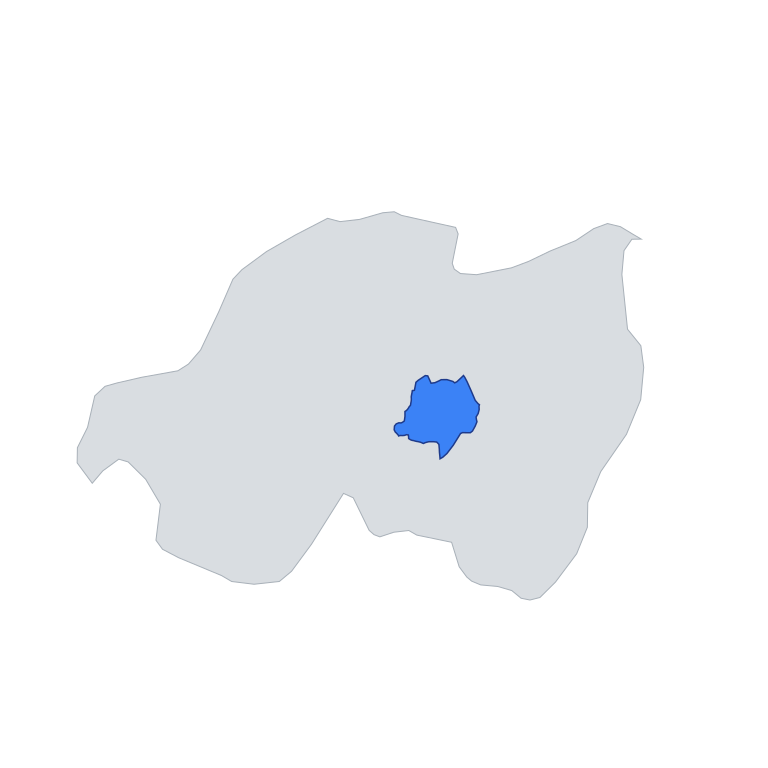 Kigali City highlighted on a map of Rwanda, rotated 28°
{"feature_id": "RWA-3495", "entity_name": "Kigali City", "entity_type": "Province", "adm_level": 1, "iso_a3": "RWA", "parent_name": "Rwanda", "parent_adm1": "", "projection": "natural_earth1", "projection_center": [30.091, -1.927], "detail": "fine", "context": "in_parent", "style": "filled", "palette": "blue", "viewbox_px": 768, "rotation_deg": 28, "n_neighbors": 0, "source": "natural_earth", "source_scale": "10m", "svg_char_len": 2428}
<svg xmlns="http://www.w3.org/2000/svg" viewBox="0 0 768 768"><g transform="rotate(28 384 384)"><path d="M312.2,227.1L320.3,226.9L373.7,212.1L379.0,216.7L387.6,245.4L392.1,249.6L399.6,250.6L414.5,244.0L442.0,221.6L454.0,208.0L468.1,188.8L486.1,167.2L496.2,148.4L506.0,137.4L518.9,134.1L533.2,134.9L543.1,135.3L534.9,139.8L533.3,153.6L542.6,175.6L573.3,221.3L592.8,229.6L605.5,247.4L618.0,277.3L621.7,314.6L616.5,359.6L619.6,393.1L630.8,415.0L633.8,443.4L628.4,478.4L621.9,499.3L614.3,506.2L605.6,508.8L593.8,506.4L579.4,509.4L563.7,516.0L553.9,516.9L547.8,515.6L536.2,510.1L518.0,492.0L483.9,502.0L474.7,501.7L462.2,510.3L452.1,520.9L445.9,521.7L439.6,520.2L410.3,498.9L399.6,499.6L395.2,559.5L390.3,592.7L384.3,607.5L363.3,621.8L342.2,629.9L330.6,629.4L284.2,633.8L266.0,633.9L256.0,629.0L243.0,595.1L218.3,580.0L194.7,572.9L185.1,574.9L176.5,592.7L173.0,608.6L150.1,597.7L143.2,584.2L142.6,561.4L134.2,530.3L138.8,517.0L147.8,508.4L166.8,491.9L195.8,469.1L202.0,458.2L206.1,440.1L204.2,397.9L201.4,362.4L204.9,349.7L218.1,322.2L235.8,294.0L256.4,264.2L268.9,261.3L285.2,250.1L302.5,233.4L312.2,227.1Z" fill="#d9dde1" stroke="#a8b0b8" stroke-width="1"/><path d="M421.3,423.0L420.7,422.5L419.1,421.9L417.7,421.4L416.7,421.2L414.5,419.7L413.0,416.2L413.5,413.5L415.3,411.3L417.3,410.4L418.2,409.3L419.3,407.1L417.7,402.7L415.4,398.4L416.2,397.0L416.7,395.2L416.9,393.3L416.9,392.2L417.0,391.7L417.4,390.5L416.7,388.4L416.0,386.2L415.2,384.4L414.5,383.3L414.0,382.4L413.3,380.2L412.6,377.8L412.1,376.8L412.2,376.4L412.9,376.1L413.8,375.3L412.8,371.9L411.4,367.5L412.5,364.6L414.6,360.7L416.5,357.2L418.8,356.3L422.1,358.8L425.2,361.2L428.4,358.9L431.1,355.4L432.5,353.3L437.5,350.6L443.6,349.4L445.9,349.8L447.3,347.8L449.0,342.9L450.2,339.2L452.2,340.2L456.3,343.0L464.4,349.3L472.2,355.6L476.2,357.2L478.0,357.5L478.3,359.0L480.0,361.8L481.0,365.9L480.8,369.9L482.3,372.0L483.8,373.7L484.3,378.4L484.2,384.0L483.1,386.5L479.7,388.3L476.1,390.1L474.8,391.8L474.6,395.2L473.9,405.5L472.2,415.8L470.3,421.0L468.6,423.7L467.0,421.2L465.1,418.4L463.4,415.5L460.8,411.5L457.8,410.5L454.8,411.7L452.2,413.1L450.7,413.9L449.0,415.4L447.5,416.9L446.9,417.9L446.1,418.1L445.4,418.1L443.4,418.3L441.1,418.9L439.7,419.4L438.1,419.8L436.6,420.1L435.8,420.4L435.1,420.6L433.6,420.8L431.4,420.6L430.3,418.8L429.4,417.6L427.6,418.2L426.3,419.7L424.8,420.7L422.4,421.9L421.3,423.0Z" fill="#3b82f6" stroke="#1e3a8a" stroke-width="1.5"/></g></svg>